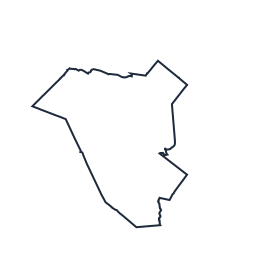 the district of General Treviño, Nuevo León, Mexico, rotated 130°
{"feature_id": "50627088B5673549327791", "entity_name": "General Treviño", "entity_type": "district", "adm_level": 2, "iso_a3": "MEX", "parent_name": "Mexico", "parent_adm1": "Nuevo León", "projection": "equal_earth", "projection_center": [-99.45, 26.212], "detail": "fine", "context": "isolated", "style": "outline", "palette": "slate", "viewbox_px": 256, "rotation_deg": 130, "n_neighbors": 0, "source": "geoboundaries", "source_scale": "gbopen_adm2", "svg_char_len": 4863}
<svg xmlns="http://www.w3.org/2000/svg" viewBox="0 0 256 256"><g transform="rotate(130 128 128)"><path d="M57.0,110.4L57.0,111.9L57.0,113.0L57.0,114.8L57.0,116.1L57.0,121.0L56.8,121.1L56.7,121.4L56.7,121.6L57.0,122.0L57.0,123.5L57.1,128.7L57.2,136.2L57.2,138.9L57.3,148.3L59.5,148.3L61.0,148.3L64.2,148.3L65.8,148.3L66.1,148.3L68.6,148.2L69.9,148.2L71.9,148.2L72.8,148.2L73.8,148.1L73.9,148.5L76.2,148.2L76.3,148.2L76.5,148.1L84.5,160.9L84.5,160.3L84.6,159.9L84.8,159.4L85.1,159.0L85.5,158.7L86.0,158.3L86.4,158.9L86.5,159.1L86.5,159.3L86.7,159.6L86.8,159.8L87.2,160.2L87.3,160.3L87.5,160.7L88.1,161.0L88.1,160.9L89.0,161.3L89.5,161.6L90.2,161.9L91.1,162.8L91.3,162.9L91.5,163.0L91.7,163.5L91.8,163.8L91.9,164.0L92.0,164.2L92.1,164.3L92.5,164.6L92.7,164.8L92.9,165.6L93.3,167.3L93.5,168.5L93.8,169.6L93.8,169.8L93.8,170.0L94.8,171.3L95.2,172.0L95.6,172.6L97.3,175.1L98.4,176.8L98.8,177.2L99.0,177.3L99.4,177.5L99.4,177.8L99.5,178.1L99.6,178.4L99.8,179.1L100.1,180.2L101.3,184.1L101.7,185.5L101.8,185.7L102.4,187.0L103.8,189.7L104.2,190.6L104.8,191.8L104.9,192.0L105.0,192.1L105.2,192.3L105.4,192.4L106.0,192.8L106.4,192.9L106.7,193.1L106.9,193.3L107.0,193.3L107.4,193.3L107.8,193.2L108.2,193.1L108.4,193.0L108.5,192.8L109.3,192.8L109.6,192.9L109.9,193.0L110.4,193.5L110.8,193.8L111.0,193.9L111.4,193.7L111.5,193.7L111.8,193.7L112.0,193.6L112.1,193.8L112.2,194.5L112.6,197.5L112.9,199.3L113.2,200.4L113.4,200.9L113.6,201.3L113.8,201.6L114.2,202.1L114.4,202.3L115.0,202.4L115.8,202.7L115.8,203.5L116.1,203.9L116.2,205.0L116.3,205.7L116.4,205.8L116.4,206.0L116.9,206.5L117.1,206.5L117.4,206.7L117.5,206.9L117.6,207.4L117.9,207.9L118.4,208.4L118.5,208.5L118.6,208.8L119.0,209.3L119.6,210.1L119.8,211.1L120.3,211.2L120.8,211.2L121.4,211.2L121.9,211.3L122.2,211.5L122.2,211.4L122.5,211.3L122.9,211.3L123.3,211.3L123.7,211.3L124.4,211.3L124.7,211.3L124.8,211.3L125.1,211.4L126.9,211.3L127.2,211.2L127.7,211.1L128.0,211.0L128.3,211.0L128.2,211.2L128.2,211.3L128.3,211.3L130.9,211.5L132.0,211.6L133.9,211.8L133.9,211.6L137.5,212.0L138.5,212.1L139.4,212.2L141.7,212.4L147.3,212.9L151.7,213.3L155.1,213.6L157.3,213.8L157.5,213.9L160.9,214.2L163.3,214.4L164.1,214.4L167.6,214.8L167.8,214.8L171.6,215.1L172.8,215.2L171.8,212.2L170.6,208.8L170.2,207.6L170.1,207.0L169.3,204.8L166.0,195.3L164.7,191.4L163.2,187.4L163.2,187.2L162.8,186.2L162.5,185.4L162.3,184.6L161.8,183.1L161.2,181.5L170.7,161.1L175.8,149.6L177.0,149.1L176.8,148.7L176.6,148.4L176.5,148.1L176.4,147.9L176.3,147.7L176.2,147.6L176.1,147.2L177.6,144.7L181.8,136.7L194.1,109.9L196.1,105.6L199.3,97.4L199.0,90.4L199.0,90.1L199.2,89.9L199.3,89.6L199.3,89.4L199.2,89.2L199.1,88.9L199.1,88.6L199.2,88.3L199.1,88.0L199.1,87.6L199.0,87.2L198.9,86.6L198.9,85.8L198.7,85.0L198.5,84.6L198.2,84.1L198.1,83.8L198.2,83.5L198.3,82.9L198.4,82.1L198.5,81.3L198.6,79.9L198.6,78.7L198.6,78.0L198.5,77.3L198.5,76.4L198.5,75.3L198.6,57.8L195.8,55.0L181.7,40.8L181.6,41.1L181.5,41.5L181.3,41.8L181.2,41.9L181.1,42.0L180.8,42.1L180.5,42.5L180.4,42.7L180.1,42.9L179.7,43.2L179.6,43.4L179.4,43.5L179.2,43.7L179.2,43.8L179.2,44.0L179.2,44.3L179.0,44.5L178.8,44.5L178.6,44.5L178.3,44.7L178.2,44.8L178.2,45.0L178.2,45.3L178.2,45.5L177.7,45.7L177.6,45.8L177.4,46.1L177.1,46.3L176.9,46.4L176.7,46.4L176.4,46.2L176.0,46.0L175.9,46.0L175.7,46.0L175.4,46.2L175.3,46.3L175.2,46.4L174.9,46.4L174.6,46.5L174.5,46.8L174.5,47.0L174.4,47.1L174.2,47.2L174.1,47.4L174.0,47.6L173.9,47.8L173.9,48.1L173.8,48.3L173.7,48.5L173.3,49.0L173.0,49.3L172.8,49.4L172.4,49.5L172.2,49.5L171.9,49.6L171.7,49.5L171.4,49.6L171.1,49.6L170.8,49.7L170.5,49.7L170.2,49.7L169.7,49.8L169.5,50.1L169.4,50.5L169.2,50.7L169.1,50.8L169.1,51.0L169.2,51.4L169.2,51.5L169.0,51.8L168.8,52.1L168.5,52.3L168.4,52.6L168.3,52.8L168.1,53.0L167.9,53.1L167.7,53.3L167.4,53.7L167.3,53.8L167.2,53.9L167.0,54.1L166.9,54.3L166.7,54.6L166.3,54.8L166.1,54.9L166.0,55.0L165.9,55.1L165.8,55.4L165.8,55.6L165.7,55.9L165.7,56.2L165.6,56.5L165.4,56.7L165.3,56.8L165.0,56.9L164.9,57.0L164.8,57.3L164.9,57.5L164.8,57.9L164.6,57.9L164.3,57.9L164.1,57.9L163.8,58.0L163.6,58.0L163.3,58.4L163.1,58.5L162.9,58.6L162.2,58.6L162.0,58.4L161.9,58.4L161.7,58.4L161.4,58.8L161.2,58.9L156.5,49.9L154.7,50.2L151.8,50.9L149.8,51.3L149.1,51.0L148.9,51.0L148.7,51.0L148.4,51.1L148.0,51.2L146.5,51.5L138.8,52.0L133.0,52.3L130.2,52.5L125.8,52.8L126.0,57.2L126.0,58.0L126.1,59.8L126.6,72.0L127.0,83.0L127.2,87.5L126.4,87.2L124.6,85.2L125.3,82.5L123.1,80.8L123.0,81.4L122.8,81.9L122.5,82.7L121.3,84.1L120.9,84.7L120.6,85.7L120.5,85.9L120.2,86.2L120.1,86.3L120.0,86.2L119.8,86.1L119.8,85.2L119.7,84.8L119.3,84.1L118.6,83.4L117.5,82.5L116.5,82.1L115.6,82.0L115.4,82.0L115.2,82.1L114.5,81.8L114.1,81.6L113.2,81.4L111.9,81.3L111.5,81.3L110.9,81.4L110.6,81.6L109.6,82.2L108.9,82.7L108.6,83.0L108.0,83.5L104.1,87.3L81.5,109.7L62.1,110.4L60.1,110.4L59.9,110.4L57.0,110.4Z" fill="none" stroke="#1e293b" stroke-width="2"/></g></svg>